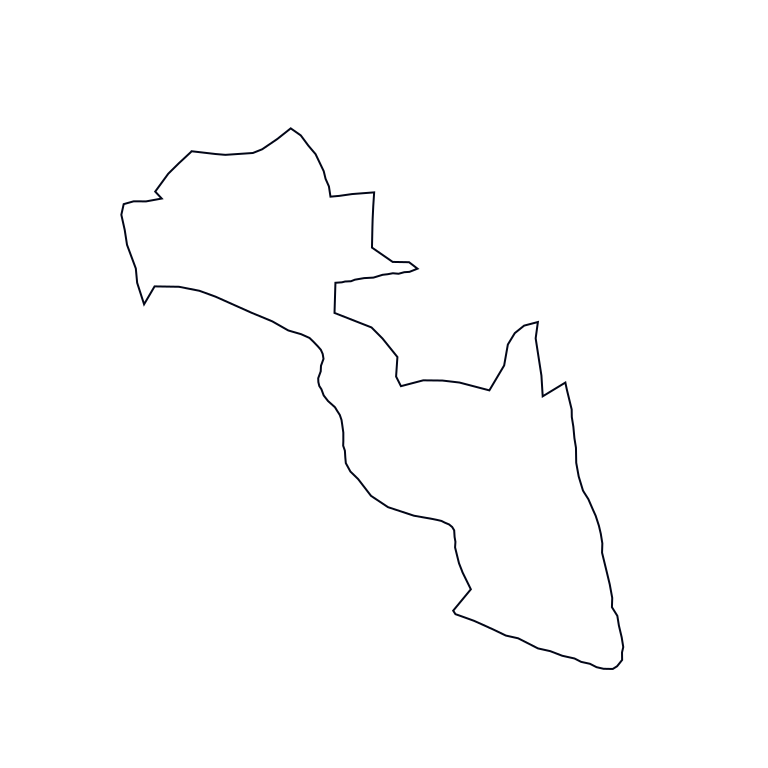 Arochukwu, Abia, Nigeria (orthographic projection), rotated 13°
{"feature_id": "59680162B7938799528038", "entity_name": "Arochukwu", "entity_type": "district", "adm_level": 2, "iso_a3": "NGA", "parent_name": "Nigeria", "parent_adm1": "Abia", "projection": "orthographic", "projection_center": [7.82, 5.498], "detail": "fine", "context": "isolated", "style": "outline", "palette": "ink", "viewbox_px": 768, "rotation_deg": 13, "n_neighbors": 0, "source": "geoboundaries", "source_scale": "gbopen_adm2", "svg_char_len": 2357}
<svg xmlns="http://www.w3.org/2000/svg" viewBox="0 0 768 768"><g transform="rotate(13 384 384)"><path d="M509.1,592.6L519.3,593.8L525.0,594.5L540.7,597.6L540.9,597.7L543.1,598.1L543.3,598.1L559.3,601.7L571.9,601.6L593.5,607.0L606.1,606.9L618.8,608.7L631.4,608.6L638.6,610.4L647.6,610.3L654.8,612.1L662.0,612.1L671.0,610.2L674.6,606.6L676.4,602.9L678.1,599.3L677.4,596.5L676.3,592.0L676.3,589.3L676.3,586.5L672.6,577.4L667.2,566.5L663.5,557.4L656.3,550.2L654.5,541.1L649.0,528.4L641.7,513.8L634.4,499.3L632.6,490.2L628.9,481.1L625.3,473.8L619.9,464.8L616.4,460.2L614.4,457.5L609.0,450.2L603.2,444.5L601.8,443.0L594.5,430.3L589.0,417.5L585.4,403.0L581.7,393.9L578.1,383.0L574.4,373.9L572.6,366.6L563.5,348.5L561.3,343.8L560.4,341.8L541.4,360.3L535.5,340.4L521.5,305.4L520.0,289.0L507.4,295.6L500.0,305.0L495.8,317.7L496.9,338.9L488.1,366.5L457.2,365.6L440.1,367.5L421.4,371.6L401.0,382.3L394.1,374.0L391.0,354.7L372.3,340.0L359.1,331.7L319.8,325.9L313.9,296.3L320.1,294.4L323.0,292.9L328.7,291.3L332.2,288.9L340.8,285.3L349.8,282.7L358.1,277.9L362.9,276.2L367.7,274.1L373.4,273.3L378.6,270.5L383.6,269.0L390.7,264.1L385.7,261.8L381.0,259.7L365.0,263.1L341.6,253.8L337.3,233.2L335.8,225.7L333.5,213.0L331.3,199.5L310.2,206.1L298.0,210.8L289.7,213.5L285.9,203.9L280.9,197.2L277.4,190.2L265.6,175.4L261.0,172.0L256.6,168.7L247.0,160.5L235.6,155.9L224.9,169.3L212.5,182.7L204.3,188.4L177.9,196.4L168.2,197.8L144.1,200.5L143.7,201.4L134.5,215.0L126.5,227.6L117.8,248.0L125.7,253.3L111.1,259.6L99.0,262.3L89.9,267.3L90.0,278.2L96.7,292.2L102.3,306.2L116.2,327.3L120.7,340.9L132.3,360.3L138.5,340.5L162.3,335.4L183.1,334.7L200.2,336.8L239.0,344.4L261.1,348.1L278.5,353.3L279.5,353.4L282.9,353.6L292.0,354.1L296.6,355.0L301.1,355.9L305.6,358.6L311.1,362.2L314.8,364.9L317.5,368.5L319.4,373.1L318.5,380.4L319.5,385.9L318.6,393.2L319.6,396.9L321.4,400.5L324.2,403.2L327.8,408.7L333.3,413.2L341.5,417.7L344.2,420.5L347.9,424.1L350.7,428.6L352.5,433.2L355.3,440.5L357.2,448.7L358.1,453.3L360.9,457.8L362.8,464.2L364.6,469.7L370.9,476.8L371.0,476.9L380.1,482.4L396.5,495.9L415.6,503.1L442.8,505.6L461.8,504.6L466.3,504.5L470.8,504.5L474.4,505.4L479.0,506.2L482.6,508.0L485.3,510.8L487.2,517.2L489.1,521.7L490.0,527.2L494.6,536.3L497.4,541.8L501.8,548.2L502.9,549.9L514.8,564.5L502.4,589.3L505.4,592.2L509.1,592.6Z" fill="none" stroke="#020617" stroke-width="2"/></g></svg>